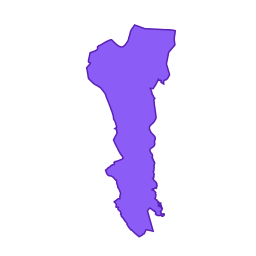 Isidro Fabela, México, Mexico (Natural Earth projection), rotated 101°
{"feature_id": "50627088B86808521330602", "entity_name": "Isidro Fabela", "entity_type": "district", "adm_level": 2, "iso_a3": "MEX", "parent_name": "Mexico", "parent_adm1": "México", "projection": "natural_earth1", "projection_center": [-99.413, 19.552], "detail": "fine", "context": "isolated", "style": "filled", "palette": "violet", "viewbox_px": 256, "rotation_deg": 101, "n_neighbors": 0, "source": "geoboundaries", "source_scale": "gbopen_adm2", "svg_char_len": 5758}
<svg xmlns="http://www.w3.org/2000/svg" viewBox="0 0 256 256"><g transform="rotate(101 128 128)"><path d="M229.0,92.4L228.8,92.0L224.3,90.8L224.5,83.6L205.6,93.1L202.6,91.6L202.9,91.3L202.6,90.5L203.9,88.0L204.1,87.6L204.1,87.4L204.9,86.2L204.5,85.8L204.9,85.4L205.1,85.2L205.4,84.8L205.9,84.5L206.3,84.5L206.6,84.4L206.8,84.5L207.0,84.6L207.3,84.6L207.4,84.4L207.8,83.9L207.9,83.6L207.9,83.1L208.1,82.7L208.2,82.3L208.2,81.3L208.0,81.0L207.9,80.2L207.5,79.4L207.4,79.1L207.7,78.5L208.0,78.1L208.2,77.6L208.1,77.3L208.0,77.1L207.8,77.2L207.5,76.7L207.0,76.1L206.8,76.0L205.8,75.9L205.3,76.4L205.4,76.7L205.5,76.9L205.6,77.0L205.9,77.3L206.0,77.5L205.9,78.3L205.7,78.7L205.6,78.8L205.5,79.1L205.6,79.3L204.5,79.4L203.9,80.3L203.1,79.6L202.5,79.3L200.4,78.9L199.9,79.4L200.2,79.7L199.4,80.6L199.4,79.9L197.8,80.5L198.2,81.5L199.1,81.3L198.9,83.4L198.7,83.5L198.1,83.1L197.3,82.3L196.4,81.3L195.5,81.5L195.7,81.9L196.5,83.0L195.6,82.9L195.9,84.3L194.7,83.9L193.7,85.8L193.1,86.0L192.9,87.3L192.5,87.8L192.0,88.1L191.6,87.9L191.3,87.7L191.0,87.6L190.8,87.6L190.3,87.8L189.9,87.9L188.6,87.7L188.3,87.8L188.1,87.9L187.7,88.3L187.4,88.4L186.9,88.5L186.3,88.4L185.9,88.6L185.7,88.8L185.1,89.9L184.3,90.7L184.1,91.3L184.3,92.3L184.1,92.6L183.9,92.7L183.6,92.4L183.0,92.2L182.8,91.9L182.8,91.0L181.6,89.9L181.5,89.6L181.9,89.1L182.0,88.9L181.9,88.8L181.5,88.6L180.4,88.7L179.8,88.6L179.4,88.4L179.1,88.4L178.1,89.1L177.8,89.1L177.5,88.9L177.3,89.0L176.9,89.4L176.5,89.6L175.5,90.6L174.5,92.5L173.6,93.1L173.4,93.1L173.1,93.5L173.1,93.4L172.2,93.4L171.8,93.5L171.4,93.3L171.1,93.6L170.4,93.5L170.2,93.3L169.9,93.5L169.4,93.6L169.2,93.5L168.8,93.6L168.4,93.4L167.6,94.0L166.2,94.9L165.9,94.9L165.7,94.7L165.1,94.4L163.2,94.8L162.8,94.7L161.9,94.7L160.6,95.3L160.3,95.1L159.7,95.2L159.2,95.4L157.5,95.0L156.6,95.5L156.2,95.9L155.9,95.9L155.8,96.0L155.8,96.4L155.2,96.7L154.8,97.1L154.5,97.0L154.1,97.4L153.2,97.9L152.7,98.6L152.3,98.5L150.5,98.7L150.1,98.8L149.4,99.1L147.8,100.9L146.3,102.1L145.8,102.1L144.6,102.2L144.0,102.0L143.5,101.5L141.8,99.8L141.4,99.5L140.9,99.1L140.6,99.1L140.3,98.9L139.4,98.7L139.0,98.6L138.1,98.8L137.8,98.9L136.9,99.3L136.6,99.4L135.4,99.4L133.9,99.1L133.1,99.2L131.8,99.7L131.4,100.0L130.1,101.5L128.3,104.2L127.1,105.2L125.4,106.5L124.5,106.8L123.1,107.1L122.4,107.0L121.7,106.8L119.1,105.0L118.7,104.6L117.1,103.7L115.7,103.1L114.9,102.9L113.5,102.4L112.2,102.5L111.3,102.7L107.6,104.0L106.7,104.3L99.7,106.7L97.6,107.3L96.9,107.5L96.3,107.7L95.3,108.1L93.9,107.3L92.9,108.5L91.5,109.4L90.7,110.4L89.0,111.3L88.0,111.6L84.8,113.8L84.6,110.8L83.2,110.3L81.2,109.4L79.2,108.8L77.4,108.2L74.6,107.5L75.3,107.0L75.0,106.2L75.2,105.9L75.0,105.6L75.4,105.3L75.2,104.6L75.9,104.5L76.2,104.1L76.7,104.3L77.1,103.7L77.8,101.9L78.0,101.3L77.6,101.4L77.0,101.6L76.2,101.8L75.0,101.8L74.5,101.7L74.1,101.4L73.8,100.6L73.4,99.8L72.9,99.3L71.8,98.7L71.3,98.5L70.9,98.3L70.1,98.0L68.4,97.5L67.7,97.4L67.4,97.5L67.0,97.7L57.9,102.5L45.9,102.5L37.6,97.8L35.6,98.4L33.0,99.3L32.1,99.5L30.4,99.8L26.5,99.9L23.5,100.2L23.4,102.9L23.5,103.5L23.6,105.1L23.6,105.8L23.8,106.4L24.2,109.3L24.6,111.5L25.0,114.6L25.3,116.6L25.8,120.2L26.7,126.6L27.0,128.3L27.3,130.4L25.6,141.2L26.3,141.5L27.0,141.7L27.8,142.0L30.1,143.2L32.6,143.9L33.5,144.0L33.9,144.0L35.2,144.0L36.6,144.1L38.8,144.4L40.6,144.4L42.4,144.7L44.8,145.6L46.6,146.5L47.1,146.7L49.0,148.2L49.1,148.6L49.6,149.4L49.7,149.7L49.8,151.1L49.6,152.0L48.7,154.3L48.3,155.1L47.0,157.2L44.9,160.3L44.6,160.9L44.5,161.2L44.6,161.5L45.1,162.6L47.5,166.0L48.4,167.0L51.9,170.9L52.9,172.5L54.1,173.4L54.3,173.4L54.8,173.2L55.2,173.1L55.8,173.0L56.3,173.1L56.9,173.3L57.3,173.6L58.3,174.6L58.6,175.1L60.6,178.3L60.9,178.9L61.4,179.6L65.7,179.6L68.8,179.7L70.4,179.5L70.7,179.4L71.0,179.1L71.3,177.9L71.4,177.3L72.1,177.4L76.8,180.1L79.9,178.8L87.0,176.2L90.9,170.3L91.6,168.6L92.3,166.3L92.9,164.7L93.9,162.5L94.0,162.2L94.5,161.8L96.0,159.8L97.4,158.4L98.4,157.2L100.0,156.1L100.4,156.0L101.2,155.5L101.9,155.1L107.1,151.7L115.6,146.5L116.5,146.1L118.0,145.2L120.6,144.2L121.3,144.1L121.6,144.0L122.1,143.6L122.6,143.4L123.4,142.6L123.7,142.2L125.9,140.9L127.7,140.0L128.3,139.7L129.0,139.5L129.6,139.2L130.6,140.3L131.1,140.8L131.7,138.9L132.4,138.8L133.5,138.4L135.3,137.8L142.4,140.0L145.1,138.2L148.1,135.9L148.7,135.3L151.5,133.3L152.8,132.2L154.2,131.0L155.3,130.0L156.8,128.2L158.4,127.0L159.2,127.5L159.8,127.9L160.6,129.1L161.1,130.0L161.9,131.2L162.5,132.2L163.3,133.9L163.3,134.3L164.7,135.2L165.2,134.6L166.3,134.7L166.5,134.8L166.8,135.3L167.0,136.0L167.2,136.3L167.5,136.8L168.1,137.5L168.6,137.9L169.5,138.3L169.9,138.6L170.6,139.7L172.9,141.2L173.5,141.9L173.7,142.0L174.3,141.6L174.9,141.3L175.6,140.9L176.0,140.7L176.8,140.0L177.6,139.4L177.9,139.0L178.4,138.0L178.5,137.3L178.3,135.5L178.4,135.1L178.6,134.5L179.0,133.6L179.2,133.1L181.6,130.0L181.5,129.2L183.7,128.8L185.3,128.0L186.1,127.4L187.5,126.9L188.1,126.8L189.6,125.3L191.9,123.7L192.2,123.6L192.8,123.0L193.5,123.0L194.0,122.8L195.3,122.9L197.1,122.9L199.0,122.5L199.3,123.3L199.3,124.1L201.7,126.2L202.4,126.9L202.6,127.2L203.0,127.5L203.3,127.4L203.8,126.3L204.2,125.9L204.8,125.3L205.1,125.1L206.5,124.7L207.3,124.7L207.7,124.8L208.0,124.5L207.7,123.9L207.6,123.4L208.0,122.2L208.6,122.4L208.9,122.5L209.6,122.3L209.9,122.1L210.4,121.4L210.8,120.6L210.9,120.1L211.2,119.8L211.4,119.8L212.4,118.9L212.7,118.7L213.3,118.5L213.8,118.9L214.0,118.9L214.9,117.9L215.2,117.8L215.3,117.9L215.7,117.8L216.0,117.6L216.2,117.3L216.6,116.6L217.0,116.3L217.1,116.0L217.6,115.3L218.4,114.7L219.6,113.4L219.9,112.8L220.2,112.8L222.1,110.5L222.9,110.6L225.8,107.8L226.0,107.4L227.3,106.0L227.5,105.0L227.8,104.4L230.0,101.1L232.6,96.3L230.1,93.3L229.1,93.0L229.0,92.7L229.0,92.4Z" fill="#8b5cf6" stroke="#5b21b6" stroke-width="1.5"/></g></svg>